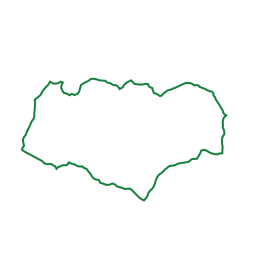 the district of Leme, São Paulo, Brazil, rotated 199°
{"feature_id": "56859067B93038120978051", "entity_name": "Leme", "entity_type": "district", "adm_level": 2, "iso_a3": "BRA", "parent_name": "Brazil", "parent_adm1": "São Paulo", "projection": "mercator", "projection_center": [-47.339, -22.177], "detail": "fine", "context": "isolated", "style": "outline", "palette": "green", "viewbox_px": 256, "rotation_deg": 199, "n_neighbors": 0, "source": "geoboundaries", "source_scale": "gbopen_adm2", "svg_char_len": 2433}
<svg xmlns="http://www.w3.org/2000/svg" viewBox="0 0 256 256"><g transform="rotate(199 128 128)"><path d="M218.7,72.1L198.4,68.8L196.1,67.4L192.4,67.5L189.1,69.0L186.9,68.4L184.3,68.0L182.3,66.1L181.3,68.3L178.8,70.4L177.1,71.8L174.8,72.4L173.2,73.9L172.8,76.2L169.0,75.8L166.3,76.2L163.4,75.5L160.9,75.9L158.7,76.8L157.0,76.0L153.8,75.8L151.7,74.3L148.7,72.5L146.2,70.4L143.9,69.0L141.2,68.9L138.4,69.3L136.4,67.1L133.2,67.3L130.0,67.1L127.0,68.4L124.7,70.4L122.0,70.4L119.2,69.2L116.2,69.3L113.7,69.5L111.6,69.2L109.5,70.0L106.9,71.1L104.7,70.9L94.9,65.9L91.7,65.0L89.3,64.8L88.1,67.7L87.5,70.6L87.5,73.8L86.3,76.6L85.2,78.6L84.6,81.6L84.4,84.2L84.7,86.8L84.5,90.7L83.4,94.1L81.8,96.2L80.5,98.6L79.7,100.6L78.0,103.1L76.6,105.3L74.9,106.4L73.0,107.2L71.3,108.2L69.4,110.3L65.9,112.5L63.8,113.4L61.8,114.6L60.0,115.4L58.8,117.3L57.2,119.6L52.9,121.3L51.9,125.0L51.5,127.8L51.4,130.4L49.1,132.1L46.8,132.3L43.8,131.6L41.1,131.2L37.2,131.6L34.5,132.4L32.8,133.9L30.6,134.8L31.7,138.2L32.3,140.8L33.4,142.7L35.3,147.4L35.7,150.4L34.9,153.6L36.1,156.5L38.7,159.6L39.4,162.4L40.4,164.3L40.8,166.9L40.7,169.3L39.2,171.9L41.2,172.4L42.8,173.4L44.5,175.7L46.6,177.3L48.8,179.3L52.1,181.9L54.3,183.6L56.0,185.6L57.9,186.7L58.7,188.7L60.6,189.7L62.9,189.4L65.4,189.5L67.6,190.0L71.2,190.1L73.6,190.2L75.2,191.2L77.3,190.8L79.3,189.8L81.2,190.6L83.7,190.7L88.4,189.2L94.7,183.1L96.6,181.3L98.3,180.0L100.1,178.2L102.7,176.4L104.4,174.1L106.0,171.7L106.7,169.5L108.5,168.6L111.4,169.5L115.0,169.6L117.0,172.1L118.2,173.7L120.2,173.6L122.1,174.5L123.4,176.0L125.7,175.6L128.8,173.6L132.5,172.5L136.4,171.8L140.5,174.1L143.4,171.3L144.7,169.4L145.7,167.6L146.2,164.9L148.5,162.1L150.8,163.8L153.5,164.6L155.4,163.8L157.3,164.1L159.2,164.6L162.8,164.3L164.9,165.3L167.5,164.5L170.8,163.8L173.4,163.8L176.8,163.3L179.2,162.2L180.7,159.7L184.1,156.3L186.5,153.2L186.2,149.4L186.1,146.8L186.5,144.5L189.1,141.7L192.3,142.0L193.7,140.0L196.5,140.5L200.4,140.4L202.2,142.1L204.3,144.1L204.8,147.3L204.5,149.8L206.7,149.9L208.4,147.9L210.6,146.5L212.7,145.7L214.8,146.0L216.8,146.4L217.4,143.3L219.9,137.6L220.8,135.3L221.0,132.7L221.6,130.4L223.5,127.3L225.4,124.1L224.1,121.9L223.2,118.7L222.4,115.8L221.7,112.4L220.4,108.4L220.2,106.0L220.9,104.0L221.4,101.5L221.5,98.6L221.9,95.4L222.1,93.3L222.4,90.5L222.4,88.2L223.3,85.9L223.6,82.8L222.1,79.9L220.5,77.3L221.2,75.1L221.2,72.9L218.7,72.1Z" fill="none" stroke="#15803d" stroke-width="2"/></g></svg>